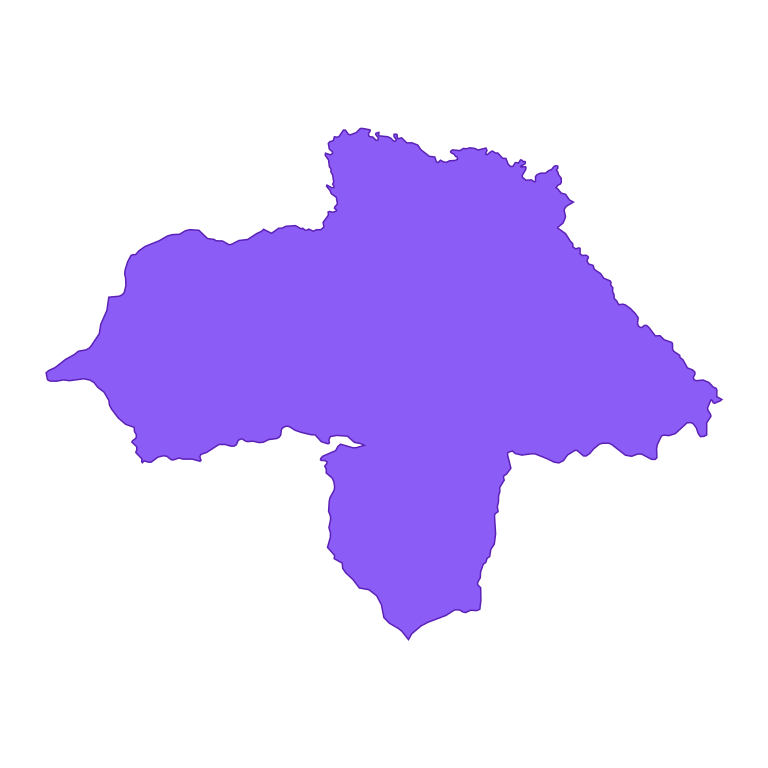 Cisneros, Antioquia, Colombia
{"feature_id": "7082276B52790973649265", "entity_name": "Cisneros", "entity_type": "district", "adm_level": 2, "iso_a3": "COL", "parent_name": "Colombia", "parent_adm1": "Antioquia", "projection": "albers", "projection_center": [-75.079, 6.546], "detail": "fine", "context": "isolated", "style": "filled", "palette": "violet", "viewbox_px": 768, "rotation_deg": 0, "n_neighbors": 0, "source": "geoboundaries", "source_scale": "gbopen_adm2", "svg_char_len": 6111}
<svg xmlns="http://www.w3.org/2000/svg" viewBox="0 0 768 768"><path d="M46.1,372.8L47.4,379.2L48.2,380.3L50.6,381.1L56.4,381.2L63.6,379.9L69.4,380.7L83.7,378.8L89.8,380.0L94.1,382.6L97.7,387.3L104.1,392.2L108.9,400.5L109.4,404.9L111.4,408.9L118.3,418.0L125.6,424.3L134.1,427.3L134.5,431.7L136.2,434.4L136.3,437.0L135.7,438.4L132.5,440.7L131.9,442.2L136.6,446.6L136.8,449.5L135.8,452.5L141.8,458.8L141.7,461.7L142.4,462.7L144.0,460.9L148.6,462.2L151.3,462.1L157.8,457.2L163.2,455.8L166.7,456.2L171.3,459.8L173.4,459.9L179.2,458.0L182.8,459.1L192.2,459.1L200.0,461.3L201.0,460.3L199.8,456.9L200.8,454.4L206.7,452.4L218.9,444.5L225.3,444.5L230.6,446.1L234.2,446.1L236.3,444.8L238.3,440.3L240.8,439.0L242.4,439.0L244.9,440.8L247.4,441.6L253.1,441.2L259.1,442.6L263.1,442.3L268.7,439.6L276.9,438.5L279.1,437.3L280.7,435.1L281.3,430.2L282.1,428.4L284.2,426.9L286.7,426.1L289.4,426.7L295.2,430.3L301.3,432.4L310.9,434.7L315.2,434.9L321.2,441.6L326.7,443.5L328.5,443.7L329.4,442.9L328.9,439.7L330.4,436.5L337.0,435.4L347.5,436.2L354.4,442.4L360.7,443.6L364.3,445.3L356.2,447.7L352.9,447.8L340.5,444.2L337.8,446.6L335.7,450.6L322.6,456.3L320.7,458.5L320.5,459.8L321.1,460.4L325.0,460.6L327.1,461.9L326.8,463.6L324.7,466.1L326.3,469.1L326.2,472.9L332.1,478.0L333.9,481.8L334.6,486.9L334.2,490.0L330.0,497.7L329.2,501.3L328.6,511.4L330.5,516.1L330.6,519.6L328.9,527.6L330.4,532.6L330.4,537.1L327.5,547.4L334.6,555.4L334.2,558.7L342.2,563.1L342.7,568.4L345.7,572.8L353.0,579.6L359.4,588.0L368.9,589.7L376.7,595.8L381.4,604.7L383.9,617.6L389.5,623.3L398.6,628.6L401.9,631.3L408.5,639.6L411.7,633.8L421.2,625.8L427.9,622.3L446.2,615.3L453.8,610.4L455.7,609.8L459.9,610.0L462.3,611.7L465.5,612.6L470.7,610.2L476.7,610.6L479.8,609.3L480.9,600.6L480.7,587.8L477.8,584.9L477.6,582.6L480.3,577.7L480.6,571.9L483.3,564.2L485.8,562.4L487.1,558.4L489.7,556.5L490.8,549.4L494.3,544.1L495.6,534.0L494.5,515.7L495.1,513.8L498.1,511.6L497.3,506.7L498.5,501.7L498.6,495.7L499.9,491.6L499.7,487.5L504.2,480.2L503.5,477.4L503.9,475.7L506.4,474.3L510.9,468.2L507.5,454.6L508.0,452.4L512.4,451.0L515.2,453.5L521.8,455.1L531.4,453.8L535.1,453.9L547.6,458.9L554.2,462.2L558.9,462.9L563.5,460.6L567.5,455.0L574.7,450.5L577.0,450.4L583.5,455.9L586.0,456.0L589.9,453.4L593.5,449.0L599.2,444.3L602.1,443.3L608.6,443.2L611.6,444.4L625.4,455.2L631.6,456.3L637.9,454.0L641.6,454.1L651.7,459.4L655.2,459.4L656.9,457.7L656.6,448.8L657.3,444.7L661.4,436.1L663.6,435.1L668.9,435.6L675.3,433.6L687.1,422.8L691.0,422.6L693.4,423.9L696.3,427.9L698.2,433.5L700.4,436.6L703.9,436.4L706.7,434.9L706.7,422.8L710.9,416.4L710.7,414.8L707.8,409.8L707.6,407.8L711.0,399.8L711.8,400.0L713.3,402.8L714.6,403.3L720.2,400.9L721.9,399.5L716.8,396.6L716.9,390.0L716.2,388.4L713.0,386.9L709.1,382.6L703.1,380.0L696.5,380.7L694.1,379.9L693.3,377.4L695.0,374.1L694.8,372.0L692.6,369.9L687.4,367.9L682.9,359.7L680.0,357.5L679.7,355.3L673.6,351.2L672.6,349.1L672.5,343.6L671.7,342.4L664.2,339.8L660.0,335.7L655.3,335.9L648.8,327.3L646.6,325.5L644.6,325.3L642.0,327.4L640.5,327.4L638.7,326.4L637.5,323.6L638.2,317.7L635.4,313.7L630.7,308.8L625.5,305.0L623.0,304.2L618.6,304.6L616.7,300.9L614.2,298.4L614.0,294.5L612.6,291.6L612.8,287.7L610.7,285.0L611.0,282.3L610.2,280.9L603.8,278.3L600.5,273.5L594.3,269.4L593.1,265.4L588.5,263.9L587.1,261.1L587.2,259.7L588.4,257.8L588.0,256.5L586.0,255.2L582.5,255.5L580.1,254.0L580.1,248.3L578.6,247.9L575.8,248.9L573.1,247.1L572.6,243.5L570.3,241.1L565.5,233.6L557.7,228.0L557.8,227.3L562.9,223.2L564.6,219.6L565.5,216.6L564.2,210.6L564.4,209.0L566.4,206.2L573.4,202.1L569.3,199.8L565.6,194.3L561.2,193.1L557.6,188.7L556.0,187.8L557.9,185.2L560.5,183.9L561.3,182.4L561.2,178.2L558.4,174.5L557.9,172.1L556.4,170.3L557.8,168.0L557.8,166.1L556.0,165.7L554.1,166.3L551.5,169.6L548.7,170.6L545.6,173.1L540.4,173.2L537.1,174.6L535.5,176.5L535.5,181.4L534.5,181.9L531.4,179.9L525.9,180.2L522.3,177.1L522.3,175.4L525.7,169.5L526.0,167.6L525.6,166.7L521.0,167.0L520.6,166.3L525.0,163.8L525.4,162.1L524.9,161.5L522.7,161.3L521.6,160.0L520.5,159.9L518.6,162.9L515.3,162.6L512.9,166.4L510.6,166.5L508.2,164.2L505.9,158.4L502.7,158.3L497.8,153.0L495.3,153.0L492.8,151.2L491.6,151.2L487.3,154.5L485.8,154.4L485.8,153.0L487.0,150.5L486.0,148.1L478.1,150.0L474.6,148.4L470.1,147.8L466.2,148.8L463.5,148.4L459.9,150.6L452.3,149.9L450.6,151.4L450.9,152.6L454.2,154.3L455.5,156.4L457.2,157.0L457.5,159.2L455.5,160.4L449.5,160.8L446.6,162.3L443.8,162.0L440.4,160.2L438.0,162.6L436.3,161.6L434.8,157.0L429.3,156.3L420.9,149.7L417.7,145.0L411.9,142.8L406.8,142.9L401.6,137.8L398.2,138.7L397.4,138.0L397.1,134.7L396.1,134.1L394.0,134.3L394.0,136.7L396.3,139.5L395.6,140.8L394.1,141.4L390.6,138.0L387.6,136.7L379.4,135.9L378.6,134.8L379.0,132.5L378.0,132.5L375.8,133.4L375.8,134.7L378.3,137.9L377.9,140.1L376.1,140.4L372.8,137.0L370.0,136.7L368.7,135.8L368.5,133.7L370.3,130.8L370.0,129.8L362.4,128.4L360.3,128.5L356.1,132.7L350.1,134.9L348.2,134.0L345.4,130.1L343.4,130.1L339.1,136.4L337.4,137.2L334.4,136.8L333.2,140.8L329.9,141.6L328.3,143.4L329.3,149.1L332.3,151.6L332.6,153.3L330.6,154.8L325.5,153.2L325.2,155.2L328.6,160.1L329.4,166.8L331.0,168.9L330.9,171.8L332.7,175.1L333.7,182.3L332.6,184.2L333.9,185.9L333.9,187.4L331.9,187.8L327.0,185.1L326.5,186.2L330.0,190.5L331.3,193.7L336.3,197.3L337.4,203.9L334.6,207.2L334.5,208.3L336.5,209.9L336.4,210.9L333.1,212.3L329.5,211.5L328.1,212.0L328.4,215.1L323.1,222.4L323.9,227.0L320.8,229.7L316.5,229.7L313.3,231.2L308.8,229.1L306.5,230.3L305.2,230.2L302.7,228.2L301.1,228.8L295.4,225.6L285.8,226.3L282.0,228.2L278.8,228.2L271.5,233.3L263.6,229.3L261.4,231.4L256.8,233.5L247.6,239.5L238.9,240.5L231.7,244.2L229.1,244.8L222.5,241.0L216.1,240.8L214.1,239.4L207.6,238.6L198.9,230.3L189.8,229.7L185.5,230.7L179.4,234.3L172.3,234.6L167.4,236.0L159.3,240.7L145.2,246.4L138.8,250.9L135.6,254.6L132.6,254.7L130.9,255.6L127.6,261.9L125.1,270.0L124.7,274.0L125.6,278.1L125.9,285.6L124.2,292.6L122.0,294.9L119.3,296.2L108.8,297.2L106.9,310.4L100.8,324.2L99.3,333.7L90.9,346.3L89.3,348.0L86.0,349.9L78.4,351.2L74.2,354.6L65.4,359.5L55.1,367.6L48.8,370.5L46.1,372.8Z" fill="#8b5cf6" stroke="#5b21b6" stroke-width="1.5"/></svg>